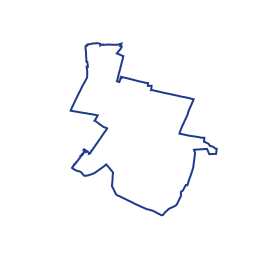 Masloc, Timis, Romania (Equal Earth projection), rotated 139°
{"feature_id": "2599482B91867297298007", "entity_name": "Masloc", "entity_type": "district", "adm_level": 2, "iso_a3": "ROU", "parent_name": "Romania", "parent_adm1": "Timis", "projection": "equal_earth", "projection_center": [21.493, 46.0], "detail": "fine", "context": "isolated", "style": "outline", "palette": "blue", "viewbox_px": 256, "rotation_deg": 139, "n_neighbors": 0, "source": "geoboundaries", "source_scale": "gbopen_adm2", "svg_char_len": 5350}
<svg xmlns="http://www.w3.org/2000/svg" viewBox="0 0 256 256"><g transform="rotate(139 128 128)"><path d="M196.4,134.6L196.3,133.7L195.4,130.9L194.4,128.9L193.1,127.0L192.7,126.2L192.4,125.4L192.4,124.5L192.4,123.7L192.5,122.8L192.4,121.7L192.4,120.8L191.8,120.1L189.2,118.4L183.7,116.2L180.5,115.7L170.7,114.8L168.3,114.8L168.3,111.1L168.4,108.0L168.4,104.9L168.5,104.2L170.2,102.7L174.6,98.1L178.1,94.9L178.4,94.1L178.7,92.5L179.2,90.8L179.9,88.3L180.5,85.8L180.5,85.1L179.8,83.2L179.2,82.3L178.2,79.7L177.0,77.0L175.9,74.3L175.8,73.9L174.6,71.4L172.5,66.1L170.6,62.1L169.6,59.7L166.9,54.1L166.5,53.7L165.6,52.4L164.6,50.8L163.7,49.5L163.5,49.1L162.9,47.7L162.1,45.7L162.0,45.3L161.5,43.9L161.3,43.4L160.9,42.9L160.0,40.1L158.9,39.6L158.4,39.4L158.1,39.4L157.8,39.6L157.3,39.8L156.3,39.9L154.7,40.1L153.2,40.1L152.9,40.1L151.2,40.2L150.6,40.1L150.0,40.1L148.0,39.6L145.9,38.9L144.0,38.4L142.6,38.2L141.6,38.3L140.7,38.5L137.3,40.0L133.0,41.8L132.4,42.2L131.8,43.0L130.2,44.7L129.9,45.0L129.6,45.1L128.3,44.8L127.4,44.9L127.1,45.0L124.6,46.0L122.4,46.8L121.7,47.0L120.8,45.8L116.6,48.4L108.7,52.9L104.7,55.4L93.8,65.1L92.5,68.3L82.1,60.4L83.8,54.9L78.5,50.7L77.9,51.2L74.7,54.1L75.2,54.6L75.5,55.1L75.7,56.1L76.0,57.7L76.3,58.4L76.4,58.7L76.8,59.2L77.6,60.2L77.9,60.6L77.8,61.4L77.6,62.3L77.7,62.5L77.6,62.8L77.8,63.9L77.9,64.2L78.6,65.5L78.9,66.7L79.3,67.2L79.7,67.7L78.6,68.8L76.8,70.5L78.8,72.4L79.2,72.8L80.6,74.7L82.8,77.3L84.4,79.2L86.7,81.8L89.0,84.9L92.9,90.0L90.4,91.5L88.4,92.6L87.1,93.2L85.8,93.9L84.0,94.6L80.2,96.4L78.6,97.0L75.4,98.5L73.2,99.7L71.5,100.9L70.5,101.4L69.0,102.1L67.0,103.0L63.6,104.6L59.6,106.6L61.0,108.5L61.6,109.4L61.8,109.8L62.6,111.0L62.8,111.2L63.0,111.3L64.3,113.2L64.4,113.4L65.9,115.1L67.3,116.9L69.5,120.0L76.9,129.8L78.3,131.6L79.6,133.5L82.5,137.4L85.0,140.9L85.7,141.4L85.5,141.5L82.5,144.4L85.4,146.8L83.4,148.8L84.5,149.9L85.1,150.7L85.7,151.4L88.6,155.5L89.2,156.1L91.1,159.0L94.6,164.1L96.9,167.3L99.4,170.8L99.6,170.4L99.8,170.1L100.1,169.9L100.6,169.9L100.7,170.1L100.8,170.5L101.0,170.3L101.7,170.0L102.3,169.5L103.7,168.8L103.9,168.6L104.4,168.4L105.7,170.5L103.3,172.1L98.9,175.3L96.2,177.0L91.1,180.6L89.7,181.6L88.9,182.1L88.2,182.5L84.4,185.3L85.8,188.1L86.0,188.7L87.3,191.1L87.5,191.6L87.0,191.7L86.0,191.9L85.0,192.0L83.5,192.3L82.0,192.5L80.5,193.0L79.3,193.5L79.3,193.9L79.4,194.1L79.6,194.4L80.1,195.0L79.0,195.5L78.8,195.5L78.6,195.6L78.1,195.7L78.1,195.8L77.7,196.0L78.8,196.5L79.3,196.8L80.2,197.2L81.1,197.6L85.7,201.6L86.2,202.1L87.6,203.5L88.1,203.9L89.1,204.6L90.1,205.5L90.9,206.0L92.1,206.9L92.2,207.1L92.1,207.3L92.5,207.6L93.0,207.8L93.4,208.0L93.7,208.4L94.1,208.6L94.6,208.6L94.4,208.8L94.0,209.1L93.7,209.5L93.9,210.0L95.4,212.0L95.6,212.2L96.1,212.6L96.6,213.0L97.1,213.3L99.6,215.2L100.1,215.4L101.0,215.8L102.1,216.5L102.7,217.0L103.3,217.3L103.4,217.1L103.6,217.1L103.7,217.3L103.6,217.5L104.4,217.8L104.9,217.2L105.1,217.0L105.5,217.2L105.9,217.2L106.0,217.3L106.5,217.5L106.8,217.0L107.1,216.7L108.2,215.4L109.4,213.7L109.7,213.1L110.7,211.9L112.4,209.8L113.5,208.3L114.0,207.6L114.3,207.2L115.4,206.1L115.7,205.8L115.8,205.7L115.7,205.2L115.3,204.7L115.6,204.4L116.5,202.8L117.9,200.8L118.4,200.3L118.6,200.3L119.0,200.5L119.2,201.0L119.6,200.4L120.1,199.9L121.1,198.1L124.7,194.0L125.8,192.9L130.6,191.1L131.6,190.7L134.1,189.9L140.1,187.3L140.6,187.2L141.7,186.8L142.9,186.2L146.4,184.7L147.7,184.2L149.4,183.5L150.0,183.2L152.7,182.0L154.6,181.2L156.9,180.2L158.3,179.5L159.9,178.8L159.3,177.9L151.2,168.0L149.8,166.4L148.4,164.6L144.3,159.7L142.9,157.7L142.6,157.4L146.7,155.9L148.3,155.5L148.2,155.4L147.6,152.8L147.2,150.8L147.0,150.1L147.0,149.8L146.9,149.7L146.8,149.0L146.2,146.8L146.2,146.6L145.9,145.1L145.6,144.4L145.2,143.7L144.8,143.2L144.5,142.6L144.2,142.3L144.1,141.8L144.0,141.6L144.1,141.3L146.1,140.7L149.3,140.1L150.0,139.8L152.0,139.3L152.8,139.1L155.7,138.3L156.2,138.2L159.1,137.5L159.9,137.3L160.8,137.0L162.5,136.6L164.1,136.2L165.6,135.8L167.0,135.5L167.9,135.2L168.5,135.2L168.8,135.0L169.3,134.8L169.6,134.8L170.5,134.6L170.9,134.8L171.2,134.5L171.8,134.2L172.2,134.1L172.8,133.9L173.2,133.9L173.5,133.7L173.7,133.8L174.3,133.5L174.2,133.6L174.0,133.8L174.1,134.1L174.4,134.2L173.9,134.6L173.9,136.2L173.8,136.7L173.9,136.8L173.9,137.1L174.1,137.4L174.2,137.5L174.8,137.5L175.2,137.4L175.3,137.4L175.2,137.6L175.4,137.8L174.7,138.3L174.6,138.6L174.8,139.0L174.8,139.5L174.9,139.8L174.9,140.5L175.0,140.7L175.5,140.7L176.0,140.7L176.3,140.3L176.3,140.2L176.0,139.9L176.0,139.6L176.0,139.1L176.1,138.9L176.6,138.8L177.5,138.4L177.9,138.4L178.1,138.2L178.3,138.2L178.5,138.4L178.8,138.3L179.0,138.3L178.9,138.1L179.2,137.9L179.3,138.1L179.5,138.1L179.6,138.3L179.9,138.5L180.0,138.5L180.1,138.4L180.0,138.1L179.9,137.9L180.2,137.7L180.4,137.8L180.7,137.8L181.0,137.9L180.9,137.7L181.1,137.6L181.5,137.7L181.4,137.7L181.5,137.8L182.4,137.6L183.3,137.4L183.4,137.2L183.8,137.2L184.0,137.0L184.7,136.9L185.1,136.9L185.9,136.7L186.2,136.6L186.3,136.6L188.0,136.2L188.3,136.2L188.7,136.1L188.8,136.2L189.1,136.1L189.4,135.9L189.9,135.9L190.0,136.0L190.2,135.9L190.3,135.9L190.6,135.9L190.8,135.7L191.0,135.8L191.5,135.6L192.0,135.5L192.6,135.9L192.8,135.7L193.1,135.4L193.4,135.5L193.7,135.4L193.8,135.4L194.2,135.1L194.7,135.1L195.1,134.9L195.7,134.9L195.9,134.8L195.8,134.7L196.4,134.6Z" fill="none" stroke="#1e3a8a" stroke-width="2"/></g></svg>